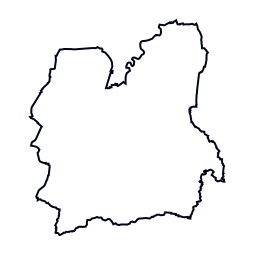 Sankhaburi, Chai Nat, Thailand, rotated 272°
{"feature_id": "78962969B50930938834164", "entity_name": "Sankhaburi", "entity_type": "district", "adm_level": 2, "iso_a3": "THA", "parent_name": "Thailand", "parent_adm1": "Chai Nat", "projection": "orthographic", "projection_center": [100.153, 15.021], "detail": "fine", "context": "isolated", "style": "outline", "palette": "ink", "viewbox_px": 256, "rotation_deg": 272, "n_neighbors": 0, "source": "geoboundaries", "source_scale": "gbopen_adm2", "svg_char_len": 5742}
<svg xmlns="http://www.w3.org/2000/svg" viewBox="0 0 256 256"><g transform="rotate(272 128 128)"><path d="M234.7,192.6L234.4,192.2L233.7,191.7L233.4,191.1L233.8,189.5L234.2,189.1L234.3,188.8L233.7,185.3L233.7,182.1L233.3,179.8L234.5,179.2L233.7,176.3L233.4,176.3L233.4,173.9L237.3,172.3L236.3,171.3L235.9,169.8L234.7,169.4L234.3,167.0L235.0,167.0L234.5,166.2L234.9,165.9L231.9,160.8L232.4,156.0L230.0,155.2L229.5,155.4L228.0,157.3L224.9,157.6L223.4,157.5L222.0,156.7L221.6,155.8L222.0,153.1L221.6,153.0L221.6,152.3L221.0,151.5L218.1,149.1L216.4,145.2L215.7,142.3L215.3,139.2L215.0,138.5L213.9,137.7L212.7,137.3L210.3,137.4L208.1,138.0L207.3,138.5L205.8,140.5L205.0,141.2L203.8,141.5L202.8,141.1L202.3,140.7L201.6,139.2L198.5,137.4L197.4,136.3L197.5,134.8L198.4,132.9L198.6,131.8L198.6,131.0L198.1,130.1L197.3,129.7L196.8,129.7L194.8,131.9L191.7,131.7L191.1,131.5L190.3,130.7L190.1,130.2L190.5,129.7L191.3,129.0L192.9,128.5L193.5,127.9L193.5,126.7L193.0,125.6L192.5,125.2L189.7,124.1L188.2,124.2L188.1,126.6L187.7,127.2L185.2,127.9L184.6,126.9L183.7,126.1L183.1,125.1L181.1,124.3L178.6,123.9L172.2,124.0L173.8,121.8L170.5,117.8L169.6,116.2L170.2,115.6L171.5,115.7L171.7,113.8L170.6,113.8L170.5,110.2L168.1,110.1L168.2,108.3L167.1,108.2L167.1,104.6L182.5,108.7L182.4,110.5L184.5,110.6L184.4,108.7L188.8,110.2L193.2,109.6L195.3,108.7L196.5,107.9L199.4,105.7L202.7,102.5L203.6,99.6L205.7,99.7L206.6,98.9L206.5,97.1L207.8,94.7L206.7,93.1L206.7,89.9L204.7,71.6L204.9,67.9L204.7,61.3L204.1,59.2L204.1,57.4L203.8,57.1L200.4,55.3L197.8,54.2L197.1,53.6L197.3,53.2L193.0,53.6L184.8,52.7L184.5,51.6L184.1,48.7L183.6,48.3L181.1,48.4L179.4,47.8L177.1,47.7L176.6,48.5L176.9,49.3L175.7,48.1L171.7,47.8L170.6,46.7L170.5,46.9L169.4,45.9L169.3,46.0L166.2,42.8L164.0,40.9L163.8,41.1L162.2,39.6L161.1,40.5L159.8,38.7L159.1,39.0L145.4,31.1L143.7,30.8L139.8,30.8L136.5,32.2L135.5,30.5L135.5,29.9L134.6,30.5L133.7,33.4L130.2,37.8L129.8,37.5L126.4,41.8L125.1,41.0L113.6,36.3L112.2,35.2L110.7,32.7L109.4,32.2L107.0,31.7L106.3,36.1L105.8,37.5L104.9,38.9L103.4,40.2L101.2,39.4L99.9,38.5L92.8,40.4L91.8,41.0L91.2,41.9L90.1,45.0L90.1,46.1L90.3,47.1L89.3,47.3L89.6,49.7L88.2,49.8L87.9,50.9L87.2,51.1L77.9,50.4L77.7,49.8L74.0,49.1L72.7,48.6L72.6,48.3L69.8,47.5L67.3,46.4L63.4,41.9L62.3,40.9L56.3,38.7L55.0,39.3L55.1,40.3L52.7,40.3L53.4,41.3L53.7,43.0L52.7,44.0L52.0,47.2L51.2,48.3L50.5,48.7L50.0,49.7L50.0,50.4L50.3,50.8L49.6,51.2L48.8,52.3L48.2,52.6L47.6,53.4L47.1,54.7L46.6,55.1L45.9,59.0L45.1,59.3L44.8,59.9L44.7,60.9L44.0,61.5L44.2,62.5L43.3,62.6L40.5,61.9L38.8,62.3L38.2,61.9L37.7,62.0L35.3,61.5L34.1,60.2L33.5,60.3L32.7,60.9L28.2,58.7L26.7,59.7L25.5,60.0L25.2,59.3L23.2,59.9L21.2,59.1L20.6,59.4L20.7,61.3L20.0,62.3L18.7,63.2L18.8,64.1L19.8,65.5L20.2,66.5L21.1,67.2L21.1,68.9L22.1,69.7L22.0,71.2L22.2,72.8L22.6,73.6L22.8,75.0L22.6,76.0L23.3,76.7L23.3,77.9L24.3,78.8L25.4,79.1L26.1,79.6L26.5,80.4L26.5,81.0L26.9,81.6L27.2,81.6L27.6,82.4L27.7,83.4L27.5,84.1L27.8,84.7L27.5,86.0L28.0,89.2L28.4,89.2L29.9,90.3L32.6,90.2L34.6,90.6L34.8,91.1L34.6,93.5L36.4,95.2L36.6,96.9L37.3,98.9L37.9,99.8L37.4,101.9L37.6,104.4L37.2,104.9L35.7,105.7L34.8,108.4L34.9,108.9L36.4,111.4L36.3,112.8L33.8,115.3L31.3,116.7L32.3,119.1L31.4,119.9L30.8,121.6L30.8,122.6L31.4,124.9L31.5,130.7L32.5,133.1L33.9,133.8L34.4,134.5L34.4,135.1L34.7,135.9L34.1,136.8L34.1,138.0L34.7,138.9L37.0,140.6L37.9,142.3L38.1,145.1L38.7,148.9L38.3,152.7L38.6,153.3L40.1,155.0L40.2,155.6L39.9,156.3L41.1,157.5L41.6,159.0L42.4,160.3L42.4,162.4L42.0,163.4L42.1,165.2L42.4,166.8L42.7,167.2L45.0,167.9L44.7,174.3L43.9,174.3L43.8,178.8L42.6,178.8L42.6,181.5L41.5,181.5L41.6,183.8L40.9,185.6L40.8,187.5L41.2,190.8L40.0,190.9L39.7,193.4L41.3,193.0L41.5,193.8L42.9,193.6L43.5,194.4L47.6,195.7L48.6,196.4L51.1,195.9L52.0,197.0L52.2,198.7L53.6,199.6L54.1,200.4L54.4,200.5L55.4,199.6L56.5,199.4L56.8,200.9L57.1,201.1L57.0,202.1L58.2,203.4L60.4,202.2L61.1,202.3L61.8,203.1L63.5,202.1L64.8,202.5L66.9,201.1L67.7,201.7L68.4,202.8L69.5,202.6L70.4,203.2L70.9,202.6L71.4,202.5L72.5,203.1L72.9,203.8L73.7,203.6L73.9,204.2L74.3,204.5L75.0,204.0L76.1,204.3L76.4,204.1L76.1,202.9L76.6,202.3L76.6,201.6L77.1,201.4L78.0,202.9L78.3,203.1L79.2,203.1L81.4,202.5L84.2,203.4L84.6,204.2L84.0,205.3L84.9,207.2L85.3,207.5L86.3,207.3L86.7,205.7L87.2,205.5L87.6,205.6L88.4,207.2L87.8,208.2L87.8,209.0L88.9,210.8L89.2,211.9L88.6,213.6L87.0,215.2L86.3,214.4L84.9,213.9L84.3,213.3L83.8,213.3L83.1,214.6L82.0,215.7L81.3,217.4L80.7,217.5L79.5,217.3L78.9,217.7L77.9,219.3L77.9,220.1L78.6,221.8L78.5,222.7L77.9,224.3L77.7,226.1L80.1,225.6L80.6,223.4L81.6,223.9L82.8,225.2L85.2,224.5L85.6,224.8L85.6,224.6L90.2,224.8L93.0,225.1L93.3,225.3L94.0,224.9L94.2,224.5L94.5,224.6L95.5,224.1L95.8,223.5L98.8,223.0L100.1,223.1L100.0,221.4L100.6,221.2L100.8,221.0L100.6,220.9L101.6,220.4L102.3,218.7L105.9,219.2L106.2,218.8L108.1,220.1L111.1,217.2L111.3,217.1L111.4,217.3L115.7,215.4L117.7,213.4L117.1,212.7L117.9,211.9L117.2,209.9L120.9,208.1L121.0,208.4L122.4,207.9L122.9,208.3L124.5,205.0L126.9,204.3L127.1,203.0L126.9,201.6L127.7,200.9L128.1,200.1L129.9,198.9L130.5,197.6L131.8,195.5L131.4,195.1L134.2,193.1L135.5,192.4L135.5,192.1L136.1,191.8L136.2,191.1L137.1,191.1L142.3,190.1L146.0,188.9L146.2,189.6L147.4,189.0L147.9,189.8L148.7,189.3L149.0,188.8L150.3,190.2L150.7,189.9L151.6,192.3L151.6,195.6L153.2,195.2L153.5,195.7L157.2,195.3L163.8,195.4L165.3,195.7L168.2,195.7L184.7,197.1L185.7,197.5L185.8,198.3L186.2,198.5L186.3,199.5L186.8,199.5L187.3,200.3L188.0,200.5L189.1,201.2L191.9,201.8L192.1,202.2L192.0,202.9L198.1,204.0L203.9,204.0L205.2,204.3L206.2,205.2L210.3,201.6L210.4,200.9L210.2,199.2L213.8,198.9L214.6,198.5L216.7,198.6L218.4,198.0L221.8,198.5L226.1,196.6L229.2,194.4L232.1,193.8L234.7,192.6Z" fill="none" stroke="#020617" stroke-width="2"/></g></svg>